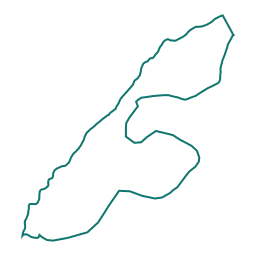 the district of Caye Manje', Gros Islet, Saint Lucia
{"feature_id": "8701671B43134404703092", "entity_name": "Caye Manje'", "entity_type": "district", "adm_level": 2, "iso_a3": "LCA", "parent_name": "Saint Lucia", "parent_adm1": "Gros Islet", "projection": "robinson", "projection_center": [-60.937, 14.067], "detail": "fine", "context": "isolated", "style": "outline", "palette": "teal", "viewbox_px": 256, "rotation_deg": 0, "n_neighbors": 0, "source": "geoboundaries", "source_scale": "gbopen_adm2", "svg_char_len": 3616}
<svg xmlns="http://www.w3.org/2000/svg" viewBox="0 0 256 256"><path d="M222.1,15.6L220.3,16.2L215.0,18.9L211.3,22.1L207.2,24.5L202.4,26.3L198.9,26.8L195.9,26.8L193.4,28.1L190.5,29.9L190.1,30.2L189.7,30.6L188.5,31.6L185.9,34.7L183.1,36.7L179.7,38.5L175.6,40.6L174.2,40.8L173.1,40.5L170.4,40.4L169.3,39.7L167.9,39.2L166.4,39.7L164.7,40.6L163.1,42.3L161.7,45.1L160.6,46.2L159.9,47.3L158.8,49.6L158.3,51.2L157.1,52.9L155.2,54.9L153.9,56.9L152.4,58.2L151.1,58.1L150.1,58.5L149.0,59.5L147.6,61.4L145.6,62.0L143.5,63.5L143.3,63.8L142.6,64.9L142.5,65.5L141.9,66.8L141.4,67.9L141.2,68.5L141.0,69.8L140.8,71.5L140.7,72.1L140.4,73.1L140.0,74.3L139.8,75.2L139.8,75.5L139.3,76.0L138.7,76.8L138.0,77.9L137.5,78.5L136.9,78.8L136.7,78.9L135.9,79.7L134.9,80.3L134.4,80.8L134.1,81.8L133.9,82.4L133.3,83.7L133.0,84.5L132.9,84.8L129.4,88.8L127.9,90.5L127.3,91.2L126.2,92.4L122.6,96.4L121.4,97.9L120.5,98.9L119.3,101.7L118.5,103.5L118.3,103.7L117.3,105.3L116.3,106.9L115.8,108.2L115.6,108.6L115.4,109.1L115.0,109.3L113.5,110.4L112.4,111.3L111.7,111.8L110.8,112.4L109.9,113.2L109.4,113.7L109.2,114.3L108.9,114.8L107.9,115.1L106.9,115.7L105.9,116.6L104.4,117.7L102.7,118.9L100.0,121.3L98.3,122.6L96.4,124.1L95.6,124.9L94.5,126.1L93.5,126.8L92.1,128.1L90.8,128.8L90.4,129.2L89.3,130.3L88.5,131.1L87.4,132.0L86.1,133.7L85.8,134.6L85.1,135.9L84.5,137.1L84.1,138.8L83.7,140.0L82.6,141.9L81.4,144.3L80.8,145.5L80.4,146.0L80.0,146.6L79.5,147.2L79.0,148.2L78.0,149.2L76.0,151.3L75.1,152.3L74.7,152.4L74.0,153.1L73.2,154.1L72.4,155.2L71.5,156.7L71.1,157.6L70.8,158.1L69.1,162.3L66.3,165.0L65.5,165.6L64.9,165.9L62.7,166.1L61.1,166.6L59.4,167.4L58.3,167.9L57.3,168.3L55.9,169.2L55.1,169.9L54.4,170.7L53.8,171.8L53.3,173.1L53.1,174.7L53.1,175.4L53.0,176.1L52.7,176.9L52.5,177.6L52.0,178.1L51.6,178.4L50.5,178.7L49.3,179.2L49.1,179.5L48.4,180.3L48.3,181.5L48.2,182.8L48.2,183.3L48.5,184.3L48.3,184.7L48.2,185.6L48.1,185.9L47.7,186.4L46.8,187.1L46.2,187.7L45.0,188.5L43.7,189.0L42.4,189.3L41.0,189.8L40.6,190.1L39.8,191.4L39.8,191.8L39.5,193.5L39.4,194.9L39.3,197.5L39.3,198.6L39.2,199.3L38.9,199.8L38.1,201.7L37.8,202.5L37.3,203.0L37.0,203.2L36.0,204.1L34.9,204.1L34.2,204.1L33.3,204.0L30.8,203.9L30.2,204.0L29.8,204.1L29.2,204.8L28.8,205.5L28.8,205.9L28.8,207.4L28.8,209.3L28.6,209.8L28.4,210.6L28.4,211.1L28.4,211.5L28.3,212.2L28.1,212.7L28.2,213.6L28.0,214.2L26.9,217.0L26.7,217.7L25.7,219.8L25.3,220.3L24.8,221.3L25.0,221.6L24.7,222.6L25.0,224.5L25.2,227.2L25.1,228.0L24.5,229.5L23.5,231.3L22.9,233.1L22.5,235.7L22.9,235.2L24.7,234.3L26.0,234.3L27.5,234.7L28.4,235.3L29.9,236.1L30.8,236.8L31.8,237.1L33.5,237.5L35.3,237.8L37.6,237.9L38.6,237.1L39.5,234.9L40.8,236.1L42.3,237.3L44.5,238.6L47.1,240.0L53.0,240.6L67.7,237.9L87.4,232.3L98.1,222.5L105.0,211.8L108.8,205.7L119.1,190.8L129.9,191.3L142.4,195.9L155.0,198.5L162.1,197.5L170.2,192.9L172.9,190.3L177.3,187.3L185.4,176.5L185.5,176.3L189.4,171.4L195.3,166.8L198.8,161.7L199.3,157.6L197.0,150.9L191.5,145.8L179.1,139.2L172.9,135.1L164.4,133.0L155.9,131.0L146.9,137.1L141.1,142.3L134.4,142.8L125.9,136.6L125.9,128.4L126.2,123.2L129.2,117.9L132.7,113.2L136.2,108.5L137.9,106.4L136.1,101.7L137.9,100.0L141.4,97.7L146.9,97.0L152.6,96.1L159.4,95.5L164.9,95.1L168.6,95.2L172.1,96.2L177.3,97.3L183.0,99.3L185.9,99.6L187.3,99.0L190.9,97.6L193.1,96.7L195.3,96.1L197.3,94.7L204.0,90.5L207.9,88.1L212.5,86.0L215.5,84.4L218.1,83.1L219.5,81.4L220.2,78.8L220.2,75.7L220.7,71.8L220.4,69.8L220.7,67.3L222.0,62.5L222.5,60.3L224.6,55.0L225.3,52.9L225.4,52.7L226.2,50.3L227.1,47.8L227.8,44.6L230.8,39.2L232.4,36.2L232.6,35.4L233.5,35.2L222.7,15.4L222.1,15.6Z" fill="none" stroke="#0f766e" stroke-width="2"/></svg>